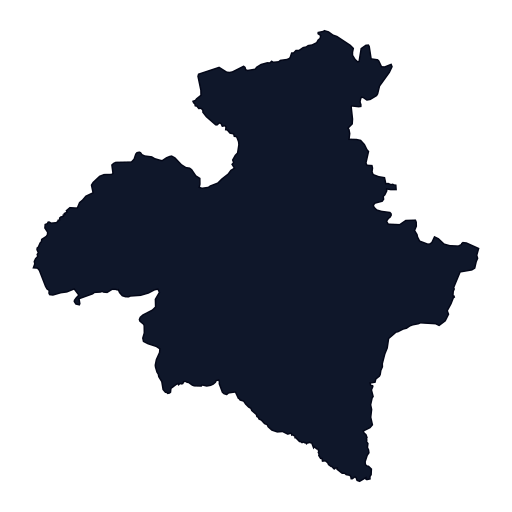 Kabongo, Katanga, Democratic Republic of the Congo
{"feature_id": "63176286B531915432051", "entity_name": "Kabongo", "entity_type": "district", "adm_level": 2, "iso_a3": "COD", "parent_name": "Democratic Republic of the Congo", "parent_adm1": "Katanga", "projection": "orthographic", "projection_center": [25.515, -7.094], "detail": "fine", "context": "isolated", "style": "filled", "palette": "ink", "viewbox_px": 512, "rotation_deg": 0, "n_neighbors": 0, "source": "geoboundaries", "source_scale": "gbopen_adm2", "svg_char_len": 5997}
<svg xmlns="http://www.w3.org/2000/svg" viewBox="0 0 512 512"><path d="M370.0,478.9L369.9,476.6L371.1,474.7L371.4,469.1L368.5,466.3L367.0,466.1L365.4,464.6L365.1,461.7L367.2,455.3L368.9,452.8L368.5,449.9L367.4,447.5L367.9,443.5L366.5,441.7L366.8,439.9L366.4,438.7L367.0,437.6L365.9,434.6L364.1,433.1L363.2,431.0L370.0,427.6L372.4,424.8L370.7,417.3L371.6,409.5L370.6,404.8L372.1,398.0L373.1,396.5L371.4,389.9L372.8,386.6L372.6,385.7L370.7,385.4L370.0,383.0L375.0,382.2L375.8,379.0L379.4,376.1L380.2,374.4L380.8,370.4L382.4,366.8L382.3,363.6L384.8,353.9L387.2,348.0L388.6,338.5L396.0,332.1L397.9,331.7L403.2,329.0L406.5,328.2L409.8,325.9L412.7,324.8L418.4,323.7L420.4,322.8L435.6,323.7L439.1,325.4L445.2,320.8L448.5,314.2L447.2,310.7L451.0,303.7L453.3,297.8L454.3,297.1L453.9,296.0L452.9,295.9L453.2,291.4L454.2,289.0L453.6,287.6L460.1,271.9L471.8,269.9L474.7,268.1L476.2,261.6L477.6,258.3L476.7,255.3L478.6,248.5L466.4,243.0L462.9,242.6L461.7,243.6L461.6,244.5L458.4,246.1L449.7,245.7L444.0,244.1L438.4,238.8L434.5,236.9L431.9,242.5L429.9,244.0L427.8,244.2L419.6,241.1L417.5,237.0L417.0,234.6L414.5,230.5L416.3,226.2L416.2,222.2L415.4,220.2L405.8,220.5L399.7,224.7L388.2,224.2L386.5,221.2L388.4,218.4L390.1,217.1L391.2,215.1L391.0,213.7L389.9,212.5L381.5,211.4L376.7,210.0L374.0,207.3L373.3,205.1L375.0,203.1L382.2,201.2L383.6,199.2L383.2,196.4L384.8,194.8L386.7,190.9L386.7,188.9L390.7,189.6L396.1,189.6L395.8,185.2L394.0,185.0L392.7,184.3L391.0,184.7L388.1,183.5L385.8,183.8L384.5,177.7L378.6,176.7L373.1,174.6L372.0,171.8L372.5,168.1L371.9,165.6L366.9,165.3L365.9,163.0L368.5,151.5L366.9,149.7L364.4,144.6L360.6,140.4L356.4,139.5L349.0,139.3L349.7,133.6L349.0,129.7L348.0,128.1L352.2,123.9L352.5,119.1L351.2,107.1L351.7,105.9L358.7,106.7L360.8,106.4L360.9,104.8L360.0,101.9L360.7,98.5L361.6,97.1L363.4,97.6L366.9,100.0L370.2,99.4L376.5,95.6L377.6,93.8L379.5,86.0L389.3,72.4L392.0,66.7L391.1,64.4L384.6,67.0L381.5,66.8L378.7,60.9L377.5,59.8L371.1,58.9L369.2,46.5L368.4,45.1L365.9,45.3L361.2,48.6L359.1,61.4L357.7,61.9L355.0,59.4L352.5,55.3L352.5,52.1L353.3,48.4L350.2,45.3L336.9,36.5L332.9,35.1L328.5,31.9L324.3,30.7L323.5,31.4L318.2,32.5L318.1,33.7L320.7,35.5L320.1,38.5L318.2,40.0L316.7,42.7L312.1,45.0L308.2,45.6L306.2,47.0L303.2,47.6L299.0,50.5L296.0,50.5L293.6,53.0L291.7,53.0L290.2,57.5L289.3,58.5L287.0,59.5L280.4,60.4L278.7,61.8L273.3,62.3L271.6,61.3L269.9,63.0L267.3,62.8L261.1,64.5L256.6,67.3L255.3,69.2L247.6,70.5L245.7,69.8L245.0,67.4L243.6,66.3L232.5,71.9L229.7,72.5L226.7,72.2L219.1,67.4L198.6,74.2L198.0,76.3L200.9,90.2L201.0,95.3L196.5,98.9L195.5,100.4L193.0,101.3L193.7,102.9L194.8,103.6L195.3,105.8L196.9,106.1L198.8,108.5L200.9,108.3L201.7,108.8L203.0,110.5L202.9,112.2L206.4,116.7L215.7,124.8L217.0,124.9L219.3,122.9L221.0,123.4L222.3,126.2L225.1,125.7L226.0,127.1L225.7,129.7L227.3,129.9L230.0,133.1L233.7,133.9L234.3,136.3L236.0,136.5L236.9,137.2L238.6,141.7L238.9,144.7L237.6,153.0L235.3,155.4L232.7,160.0L233.7,162.7L232.1,164.3L234.5,168.2L230.9,170.4L228.2,174.1L221.8,179.1L217.8,183.1L210.3,186.0L208.4,187.4L202.0,188.3L199.2,187.4L199.9,184.1L199.8,178.4L195.8,175.9L191.6,169.7L189.6,168.2L185.8,167.6L181.3,164.7L174.9,157.9L171.6,156.1L169.7,156.5L166.5,157.8L162.5,160.5L161.3,160.6L154.7,158.7L151.7,156.9L144.7,156.0L141.9,154.7L140.5,152.7L139.3,152.2L137.0,152.7L135.8,154.1L134.1,159.2L131.4,162.1L115.8,162.4L113.7,163.4L111.9,165.0L113.0,173.5L111.6,174.5L104.1,174.6L99.7,176.3L93.2,182.4L91.5,185.1L93.1,192.8L85.9,196.2L82.6,200.1L79.6,202.6L77.5,207.7L76.5,208.1L69.9,207.7L66.4,210.7L67.2,212.1L64.4,213.5L65.0,214.4L63.2,215.1L63.5,216.3L60.8,217.0L59.7,218.0L59.6,220.0L58.1,220.3L57.9,221.5L56.2,222.7L51.1,223.2L49.3,222.1L48.2,222.1L47.3,223.7L45.2,224.5L44.9,228.0L47.7,232.3L47.4,234.9L46.2,236.5L41.7,239.4L41.4,241.7L40.2,242.9L38.3,247.2L37.2,248.0L37.0,249.7L38.4,252.7L37.2,254.4L37.8,256.4L35.6,258.7L34.3,261.5L34.8,263.9L33.4,267.8L37.5,268.1L39.4,270.4L45.6,286.4L47.1,289.0L49.2,290.4L49.0,293.2L49.7,294.6L52.9,295.0L60.8,292.7L66.8,291.9L74.2,288.9L78.9,295.1L76.3,297.8L74.5,300.3L74.3,301.5L75.9,304.0L79.3,304.8L79.8,303.6L79.0,298.7L92.6,293.8L94.4,292.4L100.5,292.0L102.1,291.4L103.7,292.1L107.1,292.4L112.1,289.3L115.5,289.3L117.3,289.9L118.3,289.6L119.6,292.6L122.3,295.7L125.5,296.7L128.6,296.8L130.3,296.0L140.5,295.3L148.4,293.0L154.5,289.8L157.9,289.1L159.5,292.3L155.4,299.3L155.6,307.0L152.4,310.1L142.9,315.0L140.3,317.3L139.4,319.5L139.9,321.1L143.7,324.3L144.2,325.7L144.3,333.0L142.8,338.1L143.5,341.4L148.0,343.7L156.3,346.4L159.9,348.8L159.6,352.5L156.4,359.6L155.3,365.1L155.5,367.0L157.0,372.1L158.3,374.1L158.8,376.7L161.8,381.6L163.1,389.5L165.4,392.2L166.8,392.4L167.7,393.4L169.5,393.0L170.5,392.2L170.9,388.4L176.2,384.4L178.2,383.5L178.6,384.7L180.0,383.5L181.8,383.9L182.8,383.5L183.6,381.6L185.9,381.4L187.1,382.3L188.4,382.3L192.3,385.1L194.2,385.8L201.3,386.0L202.1,384.9L206.7,386.0L210.6,385.3L213.2,384.1L215.4,382.2L216.1,380.6L218.7,380.0L219.4,381.7L219.3,383.8L222.4,392.2L224.1,393.7L226.7,394.5L228.5,392.9L234.9,392.0L235.6,392.3L238.4,398.3L239.0,398.4L240.1,400.0L243.7,401.1L245.7,404.1L248.7,407.1L250.9,408.3L251.8,410.5L256.4,414.5L256.9,416.5L258.4,417.4L259.0,419.0L261.4,420.1L264.6,423.6L267.3,424.7L268.1,426.7L271.9,430.1L277.3,431.9L282.6,431.5L287.8,434.1L290.6,433.2L291.3,433.4L291.8,435.1L292.6,434.8L295.0,436.2L295.0,437.7L295.9,437.8L299.5,441.5L301.1,441.8L302.0,442.6L303.8,442.0L304.5,442.7L305.5,442.6L306.5,443.8L307.6,442.7L308.7,442.8L309.4,442.2L310.4,442.8L311.7,442.8L313.6,447.8L314.3,446.7L316.8,448.9L317.8,449.0L318.8,451.2L318.3,452.5L319.1,453.9L318.8,455.5L320.6,458.4L322.0,458.4L322.5,461.1L325.4,460.8L327.7,462.7L328.6,464.6L331.2,466.5L332.0,466.5L333.8,468.7L334.5,468.9L335.0,468.1L337.3,468.0L337.1,469.3L342.1,473.2L344.8,473.3L346.2,474.6L349.9,475.3L350.8,476.6L351.2,478.7L352.3,478.7L354.9,476.8L356.0,477.5L357.1,480.4L359.6,481.3L365.9,477.6L365.9,479.1L366.8,479.6L370.0,478.9Z" fill="#0f172a" stroke="#020617" stroke-width="1.5"/></svg>